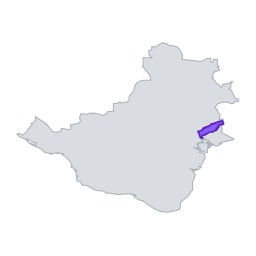 Almeirim, Pará, Brazil shown in context, rotated 89°
{"feature_id": "56859067B32800664380983", "entity_name": "Almeirim", "entity_type": "district", "adm_level": 2, "iso_a3": "BRA", "parent_name": "Brazil", "parent_adm1": "Pará", "projection": "equal_earth", "projection_center": [-53.769, 0.405], "detail": "fine", "context": "in_parent", "style": "filled", "palette": "violet", "viewbox_px": 256, "rotation_deg": 89, "n_neighbors": 0, "source": "geoboundaries", "source_scale": "gbopen_adm2", "svg_char_len": 7067}
<svg xmlns="http://www.w3.org/2000/svg" viewBox="0 0 256 256"><g transform="rotate(89 128 128)"><path d="M73.7,40.3L76.0,43.0L78.9,41.7L79.8,43.5L81.4,41.0L85.3,38.5L86.2,36.2L88.7,34.9L88.9,33.4L86.0,32.8L85.3,26.5L82.9,22.5L86.2,24.5L89.1,24.4L91.2,26.5L91.9,24.0L99.3,20.9L100.9,18.9L100.9,16.9L103.1,16.8L103.7,17.7L103.0,21.0L105.0,21.8L105.6,24.5L104.3,26.5L103.7,31.7L105.1,37.3L108.6,40.5L110.1,40.0L110.9,38.2L112.2,38.6L116.2,35.7L121.2,36.6L120.4,34.3L121.2,32.7L122.2,33.4L125.5,32.3L129.2,35.1L130.7,33.7L134.2,34.7L140.8,22.2L141.8,23.5L144.0,35.0L145.1,36.8L147.3,37.8L147.6,40.7L143.9,46.2L141.6,48.0L138.5,55.5L135.5,56.6L138.7,56.8L143.2,53.0L144.1,57.8L145.4,59.3L150.1,57.7L148.7,63.1L150.6,58.7L152.7,56.2L153.8,57.0L154.3,56.2L153.9,54.2L155.3,51.8L159.0,51.3L166.9,55.5L167.5,57.6L168.6,56.1L170.4,57.7L170.9,59.5L169.9,60.8L170.3,61.4L171.3,60.2L171.6,61.4L170.7,62.6L170.1,66.3L171.3,64.8L172.2,62.0L172.4,64.0L175.9,61.4L184.2,64.6L190.8,64.3L197.2,69.3L202.8,76.3L209.9,77.6L211.2,80.1L212.9,90.2L212.1,96.7L209.3,103.3L201.5,114.1L201.5,113.3L200.0,118.2L197.5,122.5L196.4,123.1L195.6,121.2L194.9,122.2L193.8,126.8L194.3,139.9L192.8,147.4L192.9,150.4L190.7,153.6L189.9,161.1L184.7,170.5L184.4,174.8L181.3,176.5L179.8,180.1L176.0,180.2L175.2,178.9L174.9,180.4L168.9,180.7L169.2,182.0L165.4,184.9L163.3,184.9L159.5,187.3L154.8,191.8L153.8,193.9L153.0,193.1L152.7,194.1L151.6,193.6L153.0,194.9L151.9,196.3L151.5,198.6L152.2,203.8L151.1,211.3L147.2,215.6L142.3,225.9L137.7,230.5L137.6,229.0L140.8,227.1L143.7,221.5L143.8,220.5L141.9,221.1L140.8,219.3L141.4,221.1L140.8,223.2L138.0,226.6L137.1,229.3L137.4,230.8L135.2,236.0L132.3,239.2L131.7,238.7L131.7,236.1L133.3,233.8L130.8,230.2L125.1,226.0L123.3,223.7L121.7,224.9L121.5,223.3L118.3,219.7L116.7,220.6L115.1,220.1L122.0,210.2L122.9,210.3L122.7,209.3L130.5,203.3L131.1,198.4L129.7,194.8L127.2,194.8L128.8,186.3L127.2,185.0L123.9,185.7L122.2,176.8L119.5,175.2L117.4,176.3L113.0,175.1L113.6,169.1L112.2,164.4L113.4,163.4L112.3,162.0L114.9,153.3L113.5,149.3L111.0,147.7L111.2,142.3L103.4,142.2L103.1,137.7L101.6,135.5L102.9,135.4L101.8,127.9L99.4,126.2L96.3,126.4L90.8,121.5L84.9,120.1L82.4,117.4L80.6,113.2L80.5,104.3L75.4,105.4L66.7,112.4L64.1,111.5L58.0,111.8L58.2,102.7L55.3,105.8L51.2,106.0L50.3,103.1L46.7,102.6L47.7,100.1L43.1,91.7L44.3,90.3L44.1,87.9L46.7,85.4L46.3,83.2L47.7,77.5L52.2,73.9L56.7,72.0L60.3,72.7L62.7,54.5L61.7,50.5L59.8,48.3L59.9,44.1L63.8,43.7L63.1,41.4L60.8,41.3L60.8,37.5L68.1,37.4L68.0,35.9L69.1,37.3L71.4,35.1L72.7,37.5L72.8,40.6L73.7,40.3ZM146.1,48.2L154.1,49.3L152.2,55.7L150.7,55.8L150.5,56.9L149.3,56.4L148.0,58.0L144.9,58.0L143.8,54.8L144.6,54.0L143.7,52.8L144.3,49.1L146.1,48.2ZM139.2,55.9L140.4,51.3L141.7,50.7L141.6,53.5L139.2,55.9ZM148.3,45.9L147.5,47.6L145.7,47.3L146.0,46.2L148.3,45.9ZM145.5,44.0L145.2,47.6L144.4,47.2L145.5,44.0ZM149.6,48.2L148.4,48.4L147.9,48.1L149.3,47.0L149.6,48.2ZM144.3,48.3L143.1,49.4L142.6,48.8L143.5,47.8L144.3,48.3ZM146.5,45.2L145.9,44.5L146.9,43.8L147.0,44.4L146.5,45.2ZM145.8,36.2L145.1,36.3L145.0,35.0L145.6,35.0L145.8,36.2ZM152.5,206.9L152.2,205.8L152.8,204.9L152.9,205.2L152.5,206.9ZM166.1,184.5L166.2,185.7L165.4,185.4L166.1,184.5ZM152.2,199.4L151.8,198.8L152.4,198.1L152.5,198.4L152.2,199.4ZM171.1,64.0L170.6,65.3L171.1,63.4L171.1,64.0ZM195.9,123.3L195.1,123.7L195.7,122.7L195.9,123.3ZM171.1,181.2L170.3,181.6L170.1,181.4L170.6,180.8L171.1,181.2ZM194.6,125.7L194.2,126.4L194.1,125.9L194.6,125.7ZM169.0,54.9L169.0,55.7L168.8,55.6L169.0,54.9Z" fill="#d9dde1" stroke="#a8b0b8" stroke-width="1"/><path d="M126.0,45.3L126.2,45.5L126.3,45.6L126.5,45.7L126.7,46.0L126.8,46.3L126.9,46.7L127.0,46.8L127.1,46.7L127.4,47.0L127.9,47.0L128.0,47.3L128.0,47.5L128.0,47.9L127.9,48.0L127.8,47.9L127.9,48.1L127.8,48.3L128.0,48.4L128.0,48.5L128.1,48.8L128.0,49.0L128.2,49.3L128.3,49.4L128.3,49.6L128.3,49.8L128.3,50.0L128.2,50.1L128.2,50.3L128.3,50.3L128.6,50.4L128.8,50.4L128.8,50.6L129.0,51.0L129.1,50.9L129.1,51.1L129.4,51.1L129.6,51.2L129.6,51.4L129.4,52.1L129.3,52.3L129.2,52.4L129.3,52.6L129.6,52.8L129.9,53.3L130.1,53.3L130.6,53.1L131.0,53.3L131.1,53.5L131.1,53.9L131.3,54.1L131.3,54.5L131.6,54.7L131.7,54.8L131.9,55.4L132.0,55.8L132.1,56.1L132.1,56.3L132.2,56.5L132.4,57.0L132.5,57.4L132.5,57.8L132.7,57.7L132.8,57.9L133.0,57.8L133.6,58.0L133.9,57.9L134.0,57.8L134.1,57.7L134.3,57.3L134.4,57.2L134.9,57.1L135.5,56.8L136.7,56.7L136.9,56.5L137.2,56.4L137.4,56.2L137.9,56.1L138.2,56.0L138.5,55.9L138.9,55.4L138.9,55.2L139.0,54.8L139.2,54.6L139.4,54.5L139.4,54.2L139.3,54.3L138.9,54.3L138.8,54.1L138.7,54.3L138.6,54.1L138.5,54.3L138.3,54.4L138.2,54.4L138.2,54.5L138.1,54.8L138.0,54.7L138.0,54.4L137.9,54.2L137.7,54.1L137.4,54.1L137.2,54.1L136.9,53.7L136.7,53.6L136.6,53.4L136.6,53.2L136.6,52.9L136.7,52.7L136.5,52.4L136.4,52.4L136.2,52.5L136.1,52.4L136.2,52.1L136.3,51.9L136.3,51.7L136.2,51.4L136.2,51.2L136.2,50.9L135.9,50.9L135.8,51.0L135.7,51.0L135.5,50.7L135.4,50.4L135.4,50.2L135.5,50.0L135.4,49.8L135.5,49.5L135.4,49.3L135.2,49.1L135.1,48.9L134.8,48.6L134.7,48.4L134.4,48.3L134.2,47.8L134.2,47.4L134.0,47.2L134.0,46.9L133.9,46.6L133.7,46.4L133.6,46.2L133.6,45.8L133.5,45.6L133.3,45.3L133.4,45.1L133.4,44.9L133.4,44.7L133.4,44.4L133.4,44.1L133.6,43.8L133.6,43.5L133.5,43.4L133.4,43.2L133.2,43.0L133.2,42.9L132.9,42.7L132.3,42.1L132.3,41.8L132.2,41.7L132.2,41.4L132.1,41.2L132.1,40.9L132.2,40.7L132.3,40.8L132.3,40.7L132.2,40.2L132.2,40.3L132.0,40.2L131.8,40.4L131.7,40.4L131.8,40.1L131.7,40.0L131.6,39.9L131.8,39.8L131.7,39.7L131.3,39.6L131.2,39.6L131.3,39.5L131.3,39.4L131.2,39.3L131.2,39.5L131.1,39.4L131.1,39.2L130.9,39.1L131.0,39.3L130.9,39.3L130.7,39.3L130.6,39.2L130.6,39.3L130.4,39.4L130.2,39.3L130.3,39.1L130.2,39.1L130.0,38.9L129.9,38.9L129.7,38.9L129.7,38.7L129.5,38.8L129.4,38.7L129.4,38.8L129.4,38.6L129.3,38.4L129.2,38.4L129.3,38.2L129.2,38.2L129.1,37.9L128.9,37.8L128.9,38.0L128.9,37.8L128.7,37.8L128.7,37.7L128.5,37.4L128.4,37.4L128.2,37.3L128.2,37.2L128.0,37.3L128.0,37.2L127.9,37.2L127.7,37.2L127.6,37.3L127.4,37.1L127.2,37.1L127.3,37.1L127.2,37.1L126.9,37.1L126.7,37.2L126.5,36.9L126.5,36.7L126.4,36.4L126.4,36.1L126.5,36.0L126.4,35.9L126.3,35.7L126.2,35.6L126.2,35.4L126.2,35.2L126.3,34.8L126.4,34.7L126.2,34.2L126.3,34.0L126.2,33.8L125.9,33.4L125.9,33.2L125.7,32.8L125.6,32.4L125.4,32.3L124.9,32.7L124.6,32.5L124.4,32.8L124.0,32.8L123.8,33.0L123.7,33.3L123.5,33.2L123.2,33.2L123.1,33.3L122.9,33.3L122.9,33.2L122.6,33.3L122.3,33.3L122.5,34.1L122.7,34.5L122.8,34.8L122.7,34.9L122.7,35.0L122.8,35.1L123.0,35.2L123.0,35.3L123.2,35.5L122.8,36.0L122.8,36.4L123.0,36.5L123.3,36.7L123.4,36.8L123.5,37.1L123.4,37.3L123.5,37.6L123.5,37.8L123.5,38.0L123.4,38.2L123.4,38.3L123.6,38.5L123.7,38.4L123.8,38.5L123.8,38.8L123.9,39.0L124.0,39.4L124.1,39.5L124.3,39.7L124.3,39.8L124.3,40.1L124.2,40.2L124.2,40.3L124.4,40.4L124.5,40.5L124.5,40.9L124.4,41.1L124.8,41.3L125.1,41.5L125.0,41.9L125.0,42.1L125.2,42.3L125.3,42.4L125.2,42.7L125.3,42.9L125.2,43.2L125.1,43.3L125.2,43.5L125.1,43.8L125.4,44.0L125.5,44.1L125.3,44.5L125.7,44.6L126.0,44.7L126.0,45.0L126.0,45.3Z" fill="#8b5cf6" stroke="#5b21b6" stroke-width="1.5"/></g></svg>